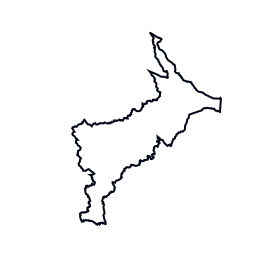 the district of Marabá, Pará, Brazil, rotated 324°
{"feature_id": "56859067B94284230308872", "entity_name": "Marabá", "entity_type": "district", "adm_level": 2, "iso_a3": "BRA", "parent_name": "Brazil", "parent_adm1": "Pará", "projection": "equal_earth", "projection_center": [-50.041, -5.525], "detail": "fine", "context": "isolated", "style": "outline", "palette": "ink", "viewbox_px": 256, "rotation_deg": 324, "n_neighbors": 0, "source": "geoboundaries", "source_scale": "gbopen_adm2", "svg_char_len": 5907}
<svg xmlns="http://www.w3.org/2000/svg" viewBox="0 0 256 256"><g transform="rotate(324 128 128)"><path d="M207.4,75.4L205.0,71.6L201.7,63.5L201.7,70.4L199.5,71.5L199.0,73.5L198.3,73.7L197.7,75.4L198.0,77.0L197.7,77.7L197.2,78.6L196.3,78.2L196.1,78.4L196.1,80.2L194.7,81.3L193.7,84.5L191.9,86.3L192.4,91.1L191.6,92.6L191.8,93.6L191.2,95.8L191.5,96.6L191.3,97.6L191.5,99.4L190.3,103.0L191.5,104.7L192.6,104.5L192.9,105.0L191.8,107.9L190.5,108.7L190.0,110.5L189.1,110.4L187.6,108.1L185.1,106.1L182.6,101.2L178.7,94.7L178.8,97.8L178.2,99.0L178.8,101.3L178.6,102.4L178.8,103.7L177.7,104.8L177.9,105.1L176.7,105.9L177.2,108.2L177.0,109.1L175.3,110.6L175.0,111.6L175.3,112.9L175.1,113.9L173.8,114.2L173.8,116.1L175.2,118.1L173.9,119.2L173.4,120.1L172.8,120.3L172.6,121.0L168.9,121.5L168.0,122.6L166.9,122.0L166.7,121.0L165.7,120.9L165.5,120.3L164.8,119.8L163.6,120.7L161.9,119.9L162.0,119.0L159.8,117.6L158.5,117.7L158.0,119.1L157.6,119.2L156.4,118.8L155.5,118.0L154.8,118.3L154.2,117.9L154.0,116.9L153.5,117.5L153.6,118.2L153.0,119.4L152.5,119.0L152.0,119.7L151.2,119.7L149.1,121.1L147.2,121.0L145.5,120.0L144.5,118.2L144.6,116.6L142.9,115.6L142.4,115.7L142.3,116.3L141.2,116.4L140.7,117.2L139.3,117.5L138.9,117.8L138.6,118.9L137.2,118.6L136.7,119.2L135.5,118.0L134.0,118.7L133.3,120.2L132.8,119.8L132.5,118.9L131.4,118.5L131.3,118.0L130.6,117.6L128.4,119.0L127.8,118.7L127.2,117.4L126.1,117.4L125.9,116.1L122.6,115.6L122.2,114.2L121.2,113.8L120.3,114.6L118.7,113.5L117.9,113.5L117.6,114.0L116.7,113.2L116.2,113.6L115.6,112.6L114.3,112.6L112.3,109.7L111.1,110.0L109.8,108.8L108.7,108.3L108.1,107.5L106.5,107.6L104.4,106.6L104.4,104.9L103.7,104.9L102.9,104.3L100.4,104.9L99.9,104.5L99.6,104.9L99.2,102.9L97.6,101.3L97.6,95.7L96.9,95.7L95.5,96.8L94.5,96.4L94.1,97.2L93.5,97.0L92.8,97.4L91.1,96.5L89.3,96.1L86.9,96.8L86.0,95.4L85.0,95.6L83.8,94.9L82.7,95.4L82.8,97.1L82.3,98.6L82.4,99.6L81.6,99.3L79.7,99.8L79.2,101.2L79.9,103.7L79.8,105.3L80.3,108.1L79.0,107.5L77.8,108.4L77.2,109.6L77.6,110.6L77.3,112.8L77.9,113.8L78.1,116.3L76.6,117.4L74.1,117.2L73.9,117.7L72.8,118.4L72.6,119.2L71.3,119.7L71.1,120.3L71.7,120.9L71.5,121.6L72.1,124.9L70.8,125.3L69.2,126.9L67.2,127.8L66.4,129.4L67.1,131.7L66.7,133.1L67.2,133.8L67.1,135.3L66.6,136.3L68.6,137.8L69.4,137.6L71.8,138.0L72.3,138.9L72.8,141.7L73.3,142.5L73.8,145.2L71.9,145.0L69.8,143.7L70.4,145.5L70.0,146.7L69.5,146.8L69.5,147.7L68.9,148.1L69.2,149.3L68.3,150.8L69.4,151.8L68.9,152.9L67.6,153.8L67.1,153.9L66.0,152.1L65.3,153.0L64.6,153.1L63.4,152.1L61.9,152.4L61.2,152.1L60.9,151.5L61.2,150.8L60.4,150.3L59.6,150.3L59.1,151.0L58.9,151.9L57.4,151.8L57.1,153.1L56.4,153.7L55.3,156.2L55.3,156.9L56.1,158.3L55.2,160.0L55.8,160.3L55.6,162.0L54.9,163.4L54.7,164.7L53.9,164.6L53.4,165.2L52.8,164.8L52.0,165.5L52.1,167.9L51.1,169.0L50.2,168.5L49.9,168.5L49.7,169.2L48.0,168.8L47.7,169.7L47.0,170.2L47.4,171.6L46.7,172.0L46.0,171.3L45.2,171.7L44.0,171.4L43.2,170.3L42.2,170.4L41.1,169.0L38.7,169.1L38.3,170.8L37.7,170.8L36.6,172.7L35.9,175.0L36.1,175.8L35.6,176.5L36.8,177.5L37.9,176.5L38.4,177.5L39.3,177.4L40.0,177.8L40.3,178.6L41.7,179.4L41.8,180.2L42.7,180.4L42.9,181.2L44.0,181.8L44.5,182.8L44.8,184.1L45.3,184.4L45.5,185.8L46.1,186.7L45.8,187.3L46.2,188.1L47.9,187.9L48.2,189.4L48.9,189.1L49.3,188.2L49.6,188.3L50.8,189.1L51.1,190.0L51.9,189.7L52.3,190.9L53.2,191.5L53.1,192.4L53.6,192.5L54.6,190.8L55.1,188.2L57.0,183.9L59.0,183.1L61.6,177.6L63.5,176.0L63.2,174.2L64.3,174.0L64.4,173.4L64.0,172.0L67.0,169.6L67.3,170.1L67.8,169.5L68.6,169.4L69.2,170.7L70.2,171.0L70.8,170.5L72.6,170.8L73.5,170.6L74.3,169.8L75.2,170.1L75.8,169.7L76.1,170.2L77.1,169.6L78.1,170.8L78.8,171.0L80.7,170.2L81.3,169.0L82.5,168.4L83.1,163.6L83.7,162.8L85.4,164.7L86.5,163.9L87.6,163.7L89.5,164.5L92.3,164.8L93.3,163.8L94.0,164.2L94.1,163.3L94.9,162.2L95.6,162.0L95.9,161.2L96.7,161.4L97.1,160.7L98.4,160.8L98.9,160.2L100.2,160.5L100.3,159.7L101.1,158.8L102.6,159.4L103.8,158.8L105.9,160.8L106.9,160.5L107.6,160.7L108.8,159.6L109.4,159.8L110.0,160.9L110.7,161.1L110.9,161.9L111.5,162.4L111.9,163.2L115.5,164.5L116.7,163.0L117.2,163.4L117.7,163.1L118.2,161.4L118.7,161.3L119.0,161.3L120.0,163.2L120.9,163.8L122.2,163.9L122.5,163.5L123.4,164.4L124.0,164.3L125.3,165.2L126.5,164.2L126.9,162.6L127.6,162.2L128.7,163.4L128.5,165.8L128.2,166.4L128.5,166.8L129.3,167.2L131.3,167.1L131.7,166.3L130.9,165.0L131.5,163.7L132.8,163.6L133.8,164.8L134.5,164.6L134.8,163.5L135.3,163.1L135.3,161.9L135.7,160.7L136.9,160.3L137.2,159.2L139.1,158.7L139.9,159.0L140.9,159.6L140.9,160.6L141.3,160.6L143.0,159.0L144.6,158.8L144.2,157.0L143.5,156.2L143.9,155.8L145.7,157.0L146.0,156.7L146.3,156.2L145.8,154.0L146.9,152.3L147.7,155.6L147.7,156.9L148.9,158.0L148.6,161.8L149.5,165.8L150.9,165.6L151.8,166.7L151.9,167.7L152.7,167.6L152.7,166.4L153.4,166.8L154.3,166.0L155.3,165.7L156.0,164.8L157.5,164.4L157.9,163.6L159.9,163.9L161.0,162.8L162.8,162.5L163.6,161.5L165.4,161.9L166.3,161.3L166.6,161.9L167.6,162.3L168.7,161.9L170.2,163.1L173.0,162.8L175.8,159.5L178.5,158.3L181.0,155.9L183.1,155.5L184.4,154.0L185.6,153.2L198.2,157.1L199.4,156.5L201.9,156.9L202.8,158.0L203.5,158.0L204.6,158.8L206.6,161.1L207.4,161.2L207.6,162.2L209.1,163.3L208.9,164.4L209.3,165.7L210.0,166.1L210.4,167.2L211.1,167.4L211.9,169.0L220.3,159.0L220.4,157.9L219.2,158.0L214.4,154.2L210.1,146.3L210.2,145.7L209.3,144.2L209.3,143.2L206.3,140.0L205.6,137.4L205.9,135.7L205.5,135.1L205.8,131.4L205.5,130.6L205.9,129.0L205.5,128.5L205.8,127.5L204.8,127.0L203.8,125.5L203.4,125.7L202.8,125.3L202.5,124.2L200.7,121.9L201.1,121.3L200.9,120.7L201.1,119.6L200.8,119.2L201.2,118.4L200.9,117.6L201.3,117.3L200.8,116.2L201.1,115.7L200.6,115.3L200.7,114.2L201.2,113.6L199.4,111.9L199.1,110.0L200.9,108.3L202.9,104.2L202.1,103.5L202.1,101.6L200.3,96.5L200.5,93.1L201.5,90.8L201.7,89.1L201.3,85.3L199.8,83.0L200.1,81.0L200.5,80.3L200.8,77.8L202.0,76.5L203.0,76.3L204.3,77.0L207.3,75.8L207.4,75.4Z" fill="none" stroke="#020617" stroke-width="2"/></g></svg>